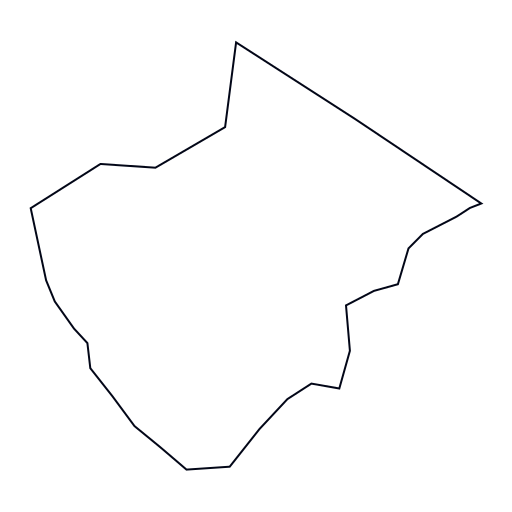 the district of Skouriotissa, Nicosia, Cyprus
{"feature_id": "46923920B57075866943950", "entity_name": "Skouriotissa", "entity_type": "district", "adm_level": 2, "iso_a3": "CYP", "parent_name": "Cyprus", "parent_adm1": "Nicosia", "projection": "albers", "projection_center": [32.884, 35.094], "detail": "fine", "context": "isolated", "style": "outline", "palette": "ink", "viewbox_px": 512, "rotation_deg": 0, "n_neighbors": 0, "source": "geoboundaries", "source_scale": "gbopen_adm2", "svg_char_len": 503}
<svg xmlns="http://www.w3.org/2000/svg" viewBox="0 0 512 512"><path d="M30.7,208.2L46.1,280.3L54.8,301.5L74.0,328.6L87.4,343.1L90.3,368.2L112.4,396.2L134.5,426.1L154.3,442.3L160.5,447.4L186.5,469.6L229.7,466.7L253.9,436.1L259.5,429.0L287.4,399.1L311.4,383.6L339.3,388.5L349.9,350.8L346.0,305.4L373.9,290.9L397.9,284.2L408.5,248.4L422.9,233.9L456.6,216.6L470.0,207.9L481.3,203.5L355.4,119.2L236.1,42.4L225.1,127.1L155.4,167.7L100.4,164.0L30.7,208.2Z" fill="none" stroke="#020617" stroke-width="2"/></svg>